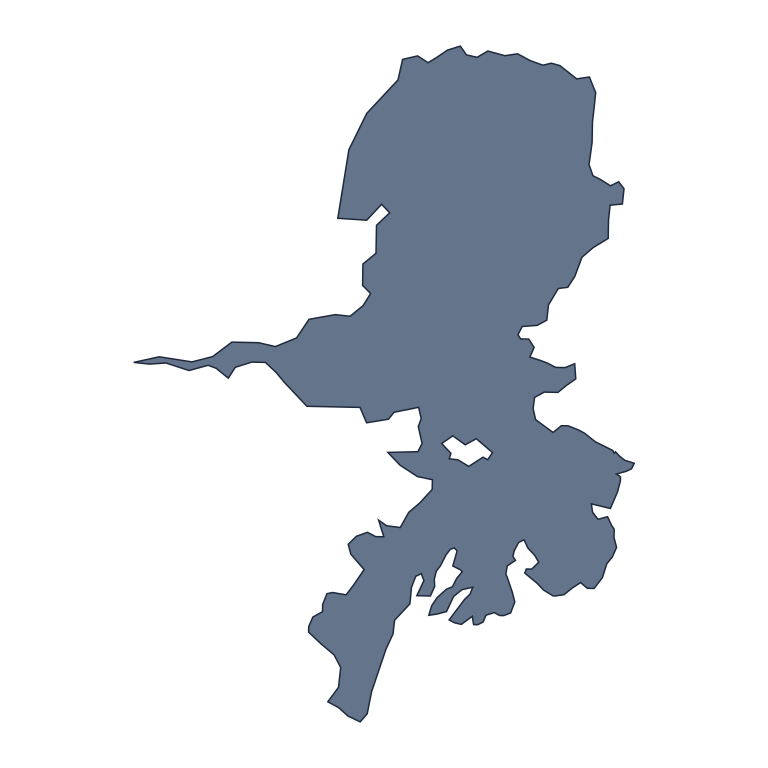 the district of Kattakurgan, Samarkand, Uzbekistan
{"feature_id": "79887680B42303592957509", "entity_name": "Kattakurgan", "entity_type": "district", "adm_level": 2, "iso_a3": "UZB", "parent_name": "Uzbekistan", "parent_adm1": "Samarkand", "projection": "orthographic", "projection_center": [66.271, 39.924], "detail": "fine", "context": "isolated", "style": "filled", "palette": "slate", "viewbox_px": 768, "rotation_deg": 0, "n_neighbors": 0, "source": "geoboundaries", "source_scale": "gbopen_adm2", "svg_char_len": 3198}
<svg xmlns="http://www.w3.org/2000/svg" viewBox="0 0 768 768"><path d="M616.6,547.4L614.0,537.6L614.2,529.3L611.5,525.1L607.5,516.7L598.0,519.3L592.6,512.3L591.4,503.9L610.4,508.5L617.5,492.0L620.4,481.0L620.5,476.8L616.4,474.0L626.0,471.4L631.5,468.8L634.3,463.3L624.8,460.3L619.5,456.1L615.5,451.8L614.1,453.2L612.8,450.5L595.2,441.7L584.4,433.1L579.0,430.2L568.2,425.8L561.4,425.7L553.1,432.4L549.1,429.6L535.6,419.6L533.1,408.5L534.6,397.4L544.3,392.1L557.9,392.4L566.2,385.6L575.8,378.9L574.7,363.7L565.1,367.6L555.6,367.4L547.5,363.1L539.4,360.1L529.9,357.1L534.1,347.5L528.8,339.1L520.6,338.9L518.0,334.7L522.2,326.5L537.2,325.4L546.8,320.1L548.5,304.9L558.3,288.5L567.8,287.3L574.8,276.4L582.0,257.2L593.0,247.7L608.2,238.4L608.5,220.4L610.1,205.2L622.4,204.0L624.0,188.8L618.7,181.8L610.4,185.8L600.7,179.6L592.9,175.7L589.0,164.5L590.5,154.2L592.1,142.4L592.5,121.7L594.1,107.9L595.7,92.7L589.4,77.0L576.7,78.9L559.9,65.6L551.4,63.2L542.9,65.2L530.2,60.6L517.6,53.8L504.8,55.7L487.8,51.0L477.1,57.3L466.5,54.9L460.3,46.1L447.4,50.1L436.9,57.3L428.1,62.7L417.6,55.9L402.6,59.4L398.0,79.9L366.8,113.3L348.9,149.7L337.8,218.3L366.7,220.2L381.6,204.3L389.7,212.8L376.5,225.3L376.0,253.3L362.9,264.0L362.6,285.4L370.6,293.5L363.1,305.6L350.0,316.3L335.3,314.6L309.0,319.3L296.6,337.9L275.3,346.6L258.6,342.7L231.9,342.1L212.6,356.6L191.9,361.9L159.2,356.8L133.7,362.4L149.5,364.1L165.9,363.0L189.0,370.5L208.1,365.3L216.2,368.3L228.3,378.2L235.3,367.3L251.8,362.1L265.4,362.4L276.1,372.4L284.2,382.2L306.9,406.3L360.0,407.4L366.6,422.8L388.5,419.2L394.0,412.3L418.6,407.3L421.2,418.5L418.3,426.7L422.1,443.4L417.9,451.7L387.9,452.4L399.9,465.1L417.5,476.6L432.4,479.7L432.2,489.4L419.8,502.9L408.7,512.4L400.3,527.5L386.7,525.8L378.6,520.1L383.8,536.8L375.6,536.6L367.5,532.3L356.5,536.2L348.2,544.3L350.8,554.1L364.1,569.6L352.9,586.0L346.1,594.8L332.4,592.5L326.9,593.7L322.6,604.7L322.5,611.7L312.9,617.0L308.7,626.6L308.6,632.1L320.6,643.5L334.1,654.9L340.7,667.5L338.5,687.3L327.8,701.8L338.6,707.6L348.0,716.1L360.2,721.9L367.2,713.8L371.6,691.7L386.0,649.1L393.0,634.0L394.6,620.2L409.9,603.9L411.5,587.3L414.2,580.3L415.8,576.3L421.3,573.6L423.9,580.6L416.8,595.7L430.4,596.0L434.7,586.4L434.3,579.3L436.3,571.2L440.5,565.7L446.1,554.8L450.3,549.3L454.4,548.0L457.1,550.9L452.8,566.0L460.4,569.8L462.2,571.8L460.3,574.0L456.6,578.5L452.4,586.8L446.6,589.1L437.2,597.5L431.7,605.7L428.8,615.3L436.9,614.1L446.5,611.6L453.6,596.5L461.9,589.7L472.8,587.2L470.0,594.1L464.5,599.5L449.1,619.9L454.5,622.8L461.3,624.4L472.3,616.3L473.6,624.6L477.7,624.7L483.1,622.1L486.0,615.2L494.2,612.6L499.6,615.5L503.7,615.6L510.6,613.0L514.8,602.0L512.3,592.2L507.1,576.9L505.8,574.1L507.3,565.8L515.5,560.4L512.9,556.2L514.3,550.7L515.7,548.0L518.6,542.5L524.0,539.8L528.0,548.2L534.7,555.3L538.7,562.3L531.7,569.1L526.3,569.0L524.8,573.1L536.9,583.1L543.6,590.1L553.1,595.9L555.8,595.9L564.0,594.7L572.3,588.0L580.6,582.6L587.3,588.3L594.1,588.5L602.4,577.6L606.8,563.8L612.3,557.0L616.6,547.4ZM452.8,435.8L465.2,444.8L476.3,438.7L492.5,452.6L487.7,459.7L483.0,457.2L468.8,466.4L457.9,459.8L449.3,458.8L450.9,453.3L441.7,443.5L452.8,435.8Z" fill="#64748b" stroke="#1e293b" stroke-width="1.5"/></svg>